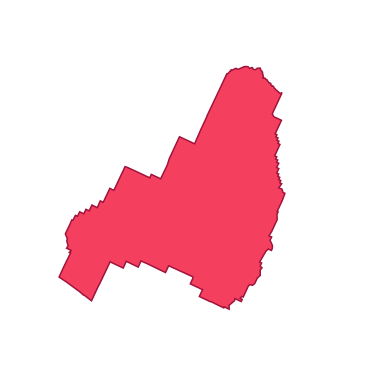 Douglas, Oregon, United States of America, rotated 295°
{"feature_id": "52423323B99607099033776", "entity_name": "Douglas", "entity_type": "district", "adm_level": 2, "iso_a3": "USA", "parent_name": "United States of America", "parent_adm1": "Oregon", "projection": "robinson", "projection_center": [-122.676, 43.322], "detail": "fine", "context": "isolated", "style": "filled", "palette": "rose", "viewbox_px": 384, "rotation_deg": 295, "n_neighbors": 0, "source": "geoboundaries", "source_scale": "gbopen_adm2", "svg_char_len": 3251}
<svg xmlns="http://www.w3.org/2000/svg" viewBox="0 0 384 384"><g transform="rotate(295 192 192)"><path d="M113.5,275.9L113.5,282.9L115.9,282.9L115.9,280.6L118.4,281.2L118.4,282.8L130.5,282.8L132.4,283.5L133.0,286.3L135.4,287.5L141.5,287.6L145.2,289.1L150.2,286.8L153.0,287.4L153.5,285.1L157.1,285.1L157.1,282.9L169.4,284.0L172.5,285.2L172.6,288.7L175.0,288.6L177.5,287.5L181.3,283.1L184.9,283.2L184.8,280.3L189.8,280.9L202.9,280.9L205.3,279.7L207.8,278.4L210.3,278.5L210.3,277.4L215.2,277.4L222.7,277.4L230.1,276.8L230.1,274.6L232.6,272.4L232.5,268.9L237.4,269.8L237.5,267.6L239.9,267.6L239.9,265.3L242.4,265.3L242.4,263.1L244.9,263.0L244.9,260.8L249.9,260.8L249.9,258.3L254.7,258.5L254.7,256.1L257.2,256.2L257.2,254.0L259.7,254.0L259.7,251.7L272.3,251.6L272.3,249.4L274.8,249.3L274.8,247.1L277.3,247.1L277.3,244.8L279.8,244.8L279.8,242.8L294.8,242.8L294.8,241.2L294.8,237.1L294.8,234.3L296.8,231.7L299.7,231.7L304.1,231.7L309.2,231.7L318.5,231.7L320.3,231.4L319.9,231.3L319.6,231.0L318.9,230.8L318.6,229.9L318.8,229.2L318.9,228.5L319.3,228.1L319.3,227.6L319.5,227.1L319.9,226.3L319.9,225.4L320.2,224.4L320.6,223.9L320.7,223.5L320.8,223.1L320.9,222.8L321.2,222.2L321.9,221.5L322.2,220.8L322.3,220.3L322.2,219.6L322.1,219.4L322.0,219.2L321.9,219.0L322.1,218.6L322.2,218.4L322.4,218.4L322.7,218.2L323.2,217.9L323.5,217.7L323.6,217.2L323.7,216.7L323.8,216.3L323.5,215.8L323.5,215.5L323.8,215.0L324.2,214.5L324.6,213.7L324.8,213.1L325.4,212.6L325.4,212.2L325.4,211.8L325.3,211.6L325.3,211.3L325.6,210.7L325.8,210.5L326.1,210.0L325.9,209.6L325.4,208.7L325.2,208.4L325.4,208.1L325.5,208.2L325.8,208.2L326.2,208.1L326.9,207.8L327.4,207.3L328.1,206.9L328.5,206.6L328.5,206.3L328.7,205.9L329.3,205.7L329.7,205.7L330.2,205.4L330.4,205.1L330.8,204.6L331.1,203.8L331.3,203.3L331.7,202.8L332.5,202.0L333.1,201.6L332.9,200.9L332.4,200.1L331.7,198.8L329.9,198.0L329.4,197.2L329.2,196.6L329.2,195.8L329.5,195.1L330.0,194.5L330.3,194.2L330.1,193.7L329.6,193.1L328.8,192.6L328.5,191.9L328.7,191.0L329.2,189.9L329.0,189.2L328.8,188.4L328.4,187.7L327.6,186.2L327.1,185.8L326.9,185.9L326.4,185.3L326.1,184.9L325.4,184.4L324.6,183.6L323.5,182.8L323.1,182.5L322.8,181.7L322.4,180.7L322.7,180.2L322.7,179.8L322.5,179.5L322.1,178.8L321.6,178.6L321.0,178.2L319.9,177.4L319.5,176.8L319.6,176.4L319.1,176.0L318.8,175.6L318.3,175.5L317.9,175.9L317.6,175.8L317.4,175.7L316.9,175.2L315.5,174.9L314.3,174.3L313.9,174.2L313.5,173.9L313.6,173.6L296.2,173.6L268.5,173.4L266.2,173.6L251.8,173.6L236.8,174.0L236.8,157.3L212.8,157.3L205.8,158.2L190.7,158.0L190.8,147.7L187.0,147.7L187.0,122.9L186.7,120.6L160.5,120.5L160.6,116.0L145.2,115.9L145.2,112.6L137.8,112.8L137.9,106.8L131.5,106.8L131.5,103.2L126.5,103.1L126.6,98.6L121.6,98.5L121.6,96.2L116.0,96.0L115.9,94.9L109.0,95.0L100.5,94.9L97.2,98.6L94.7,99.2L90.9,102.4L88.0,102.1L88.0,107.2L85.4,106.3L85.4,107.7L70.5,107.4L58.7,107.5L57.4,116.1L54.2,132.1L53.5,134.7L52.7,137.1L52.9,138.1L50.9,146.9L65.7,146.9L70.5,147.1L94.1,147.3L94.0,161.8L101.4,161.7L101.2,175.0L107.9,174.9L108.1,181.7L107.8,202.0L115.3,202.0L115.5,228.7L114.9,229.2L108.0,229.3L107.9,242.8L100.4,242.8L100.3,254.0L100.6,256.3L100.4,269.7L101.5,269.7L101.5,275.2L105.0,273.5L111.5,276.5L113.5,275.9Z" fill="#f43f5e" stroke="#9f1239" stroke-width="1.5"/></g></svg>